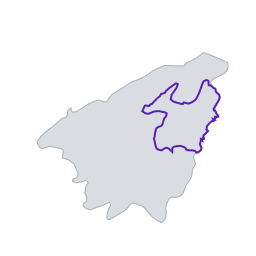 Bosnia and Herzegovina, with Banja Luka highlighted, rotated 106°
{"feature_id": "BIH-4802", "entity_name": "Banja Luka", "entity_type": "state/province", "adm_level": 1, "iso_a3": "BIH", "parent_name": "Bosnia and Herzegovina", "parent_adm1": "", "projection": "natural_earth1", "projection_center": [17.075, 44.676], "detail": "fine", "context": "in_parent", "style": "outline", "palette": "violet", "viewbox_px": 256, "rotation_deg": 106, "n_neighbors": 0, "source": "natural_earth", "source_scale": "10m", "svg_char_len": 4092}
<svg xmlns="http://www.w3.org/2000/svg" viewBox="0 0 256 256"><g transform="rotate(106 128 128)"><path d="M209.3,69.1L209.7,70.4L208.7,75.2L206.7,80.3L203.4,85.7L200.0,90.7L199.1,93.4L198.9,97.6L198.5,101.0L199.0,102.8L200.1,104.5L204.0,105.9L209.2,109.2L213.7,113.6L219.4,118.6L221.2,120.4L221.2,122.4L219.6,123.9L214.7,124.4L209.6,124.0L207.7,123.5L205.9,124.1L204.8,125.2L205.4,126.5L210.6,132.6L216.7,141.3L217.1,145.0L216.4,147.9L215.0,149.9L212.5,149.6L210.6,148.0L207.7,148.1L205.5,148.6L202.6,151.7L201.1,151.6L198.6,152.1L197.0,152.7L194.5,151.8L191.8,151.2L190.7,152.1L190.2,154.0L191.9,157.3L195.0,162.5L194.5,166.5L192.2,167.0L190.0,163.6L188.1,163.1L185.9,163.2L181.0,167.1L177.4,170.3L176.5,172.6L175.3,175.1L174.9,176.8L175.0,182.8L168.4,183.8L167.0,184.6L166.2,186.4L166.8,194.1L167.4,198.2L171.2,204.6L171.3,206.6L170.8,207.9L168.1,210.4L166.9,211.3L166.0,211.6L161.6,209.9L159.5,209.2L150.7,203.5L146.8,200.4L140.7,196.4L136.9,194.0L134.9,190.5L131.9,189.7L128.4,190.8L124.4,188.3L127.2,187.0L127.9,185.7L127.5,184.1L126.3,181.9L115.4,172.3L110.1,165.7L109.2,163.4L109.2,157.1L107.9,155.6L100.0,152.7L91.1,144.6L81.9,136.6L80.7,134.4L76.0,128.4L70.2,122.9L65.7,119.4L61.9,115.4L57.8,109.9L55.6,101.5L53.8,94.0L52.5,91.1L49.8,90.1L41.7,81.3L34.8,76.1L34.9,70.6L36.1,61.3L37.4,50.8L39.1,49.4L42.3,48.6L45.9,48.9L49.0,50.2L55.2,57.4L58.7,60.2L61.8,61.2L65.2,58.2L69.5,51.9L73.2,48.5L85.8,49.8L91.9,44.9L101.9,51.3L106.0,52.2L108.3,51.4L111.5,51.8L118.5,53.6L120.1,54.4L122.2,54.3L127.4,51.8L129.2,52.1L135.1,57.0L138.1,57.1L141.6,54.9L143.9,53.1L150.7,54.5L154.6,53.7L157.9,53.6L161.4,54.4L164.6,55.6L167.7,56.5L176.1,57.1L180.1,60.2L181.8,63.2L181.8,65.0L182.2,67.0L184.6,68.9L189.6,70.0L192.8,69.8L194.5,69.7L198.8,67.9L203.9,67.0L207.6,68.1L209.3,69.1Z" fill="#d9dde1" stroke="#a8b0b8" stroke-width="1"/><path d="M92.2,44.4L92.6,44.7L93.0,46.0L93.1,46.5L93.0,47.0L93.3,47.4L94.3,47.3L94.2,46.9L94.0,46.4L94.7,46.7L95.3,47.3L95.8,47.6L96.3,46.9L96.4,47.3L96.5,47.7L96.5,48.1L96.3,48.6L96.6,48.4L97.3,47.9L97.6,47.7L98.6,49.5L100.6,50.9L101.9,51.5L104.9,52.7L105.4,52.4L107.7,52.3L107.9,52.0L108.8,50.2L110.7,51.3L111.6,51.6L113.2,52.6L113.6,52.9L114.3,53.3L115.2,53.2L116.8,52.7L117.0,52.1L117.3,51.9L117.6,52.1L117.9,52.5L118.0,52.9L117.8,53.2L117.5,53.6L118.1,53.8L118.7,53.7L119.8,53.1L119.4,54.4L119.1,54.8L119.5,54.7L121.9,54.4L123.0,54.5L123.5,54.4L124.5,53.9L126.3,52.2L127.3,51.7L128.9,51.8L130.3,52.5L131.6,53.6L132.8,55.0L131.6,57.4L131.7,60.3L132.7,63.1L132.7,66.1L131.3,67.3L130.8,69.4L130.8,73.1L132.4,76.9L133.6,79.0L135.4,79.8L138.8,78.9L137.1,82.1L136.3,83.9L136.3,85.3L137.3,87.0L139.0,88.5L140.2,89.6L140.4,91.3L140.4,92.7L140.2,94.2L139.1,95.5L137.3,96.7L135.3,97.7L132.9,99.0L131.3,100.0L131.2,100.1L129.2,100.0L124.9,100.7L121.9,100.7L120.2,100.6L119.3,99.7L118.4,98.9L117.1,96.9L115.6,96.0L113.9,95.9L111.6,95.9L108.8,95.8L107.5,95.3L106.9,94.8L104.4,94.7L103.2,95.0L102.8,96.7L103.1,100.4L103.3,103.1L104.0,105.2L104.9,107.3L106.0,108.9L108.6,111.9L109.1,114.3L108.8,116.0L108.4,117.4L107.9,118.9L103.4,118.2L102.1,118.0L101.4,117.2L101.3,115.2L101.0,113.7L99.9,113.4L98.8,112.7L98.1,111.4L96.6,110.9L94.3,109.6L91.8,108.4L89.9,107.1L88.8,106.1L87.9,106.0L86.1,105.5L85.2,104.0L84.6,102.9L84.1,102.1L83.3,101.9L82.1,101.9L80.8,100.9L77.8,99.1L75.8,97.5L74.4,96.3L72.9,95.1L72.2,94.6L71.8,93.6L72.0,92.3L73.0,92.3L74.9,92.3L77.8,93.0L81.2,94.2L83.9,95.2L86.6,95.0L88.7,94.9L89.1,93.8L89.6,92.6L90.1,91.6L90.2,88.1L90.2,85.0L90.0,82.4L89.6,81.7L88.3,81.8L88.0,81.1L88.0,80.1L88.0,77.6L87.6,76.1L85.7,73.7L83.5,71.8L81.5,70.6L79.0,70.0L77.2,69.7L74.6,69.3L71.7,69.1L70.2,69.0L66.8,68.8L63.7,68.5L62.1,68.1L60.8,66.6L60.3,65.6L60.3,64.6L61.0,63.4L63.3,62.7L64.4,62.3L64.7,61.7L64.7,61.2L64.5,60.8L64.3,60.6L64.8,58.8L65.8,57.2L66.0,56.7L66.1,56.0L66.0,55.6L66.0,55.2L66.4,54.6L66.8,54.4L68.1,54.0L68.6,53.7L69.3,52.7L70.9,49.6L73.2,48.2L76.0,48.3L85.6,50.9L86.8,50.7L87.4,50.2L87.5,49.8L87.4,49.3L87.7,48.5L88.2,48.1L88.7,47.9L89.2,47.6L89.5,46.9L89.9,46.7L90.4,46.2L90.8,45.7L90.9,45.4L92.2,44.4Z" fill="none" stroke="#5b21b6" stroke-width="2"/></g></svg>